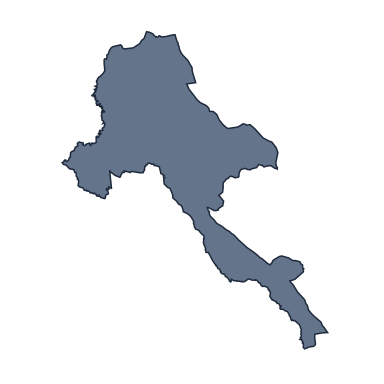 outline of Sumbawanga, Rukwa, United Republic of Tanzania, rotated 177°
{"feature_id": "72390352B27717411944051", "entity_name": "Sumbawanga", "entity_type": "district", "adm_level": 2, "iso_a3": "TZA", "parent_name": "United Republic of Tanzania", "parent_adm1": "Rukwa", "projection": "mercator", "projection_center": [31.975, -8.085], "detail": "fine", "context": "isolated", "style": "filled", "palette": "slate", "viewbox_px": 384, "rotation_deg": 177, "n_neighbors": 0, "source": "geoboundaries", "source_scale": "gbopen_adm2", "svg_char_len": 6030}
<svg xmlns="http://www.w3.org/2000/svg" viewBox="0 0 384 384"><g transform="rotate(177 192 192)"><path d="M63.9,44.5L67.7,50.5L68.6,51.2L70.1,55.4L76.9,61.9L79.6,65.0L81.9,68.3L82.7,72.6L84.1,74.6L85.1,78.4L91.9,86.7L95.5,93.4L98.9,97.7L98.8,98.3L97.5,98.3L93.7,99.5L84.9,106.5L84.9,108.3L84.4,109.5L85.4,110.0L85.4,113.4L86.8,114.3L87.9,116.7L92.2,118.1L95.0,118.3L99.1,121.2L105.7,123.4L108.2,123.0L114.0,119.9L115.1,118.9L115.7,117.3L118.0,115.1L120.7,117.1L125.8,121.9L127.7,122.9L129.1,124.6L133.0,128.2L139.7,133.4L147.8,141.5L152.4,146.9L154.7,148.5L156.8,150.8L159.5,152.2L164.2,156.4L168.9,159.3L171.5,163.1L175.1,167.0L175.9,169.4L175.7,171.4L177.0,173.4L177.4,175.7L176.1,175.4L170.9,172.3L169.1,172.1L166.8,172.7L167.0,173.1L165.1,175.0L162.1,176.5L160.9,181.2L164.5,186.2L165.6,187.0L161.4,190.3L160.5,195.9L160.6,198.8L160.2,199.6L156.5,203.5L155.0,203.6L154.2,204.9L152.7,205.8L150.5,205.2L148.3,203.9L144.9,204.4L144.4,204.9L143.9,208.8L141.9,211.9L137.7,212.8L135.5,211.6L132.7,211.1L131.1,212.0L126.2,213.0L123.9,215.9L120.2,214.8L119.1,213.4L118.3,213.3L116.0,214.0L111.9,214.2L108.0,211.3L106.2,210.9L105.7,210.4L105.4,211.6L106.5,213.9L106.8,216.8L104.2,226.8L105.6,231.8L109.7,237.7L112.6,238.9L118.1,242.2L126.0,251.9L130.5,256.2L133.7,255.9L135.3,256.9L137.6,257.4L140.5,255.6L143.5,254.4L152.8,253.5L154.7,254.8L158.1,258.3L161.1,262.7L163.2,268.1L166.5,271.2L170.2,271.7L171.0,275.0L173.1,277.5L179.0,280.8L181.8,283.5L189.4,294.5L191.7,300.2L182.6,301.0L185.3,311.8L185.5,316.2L189.3,323.7L194.4,329.5L195.8,332.0L197.2,335.8L197.4,338.3L198.2,339.7L198.0,341.3L199.2,343.3L200.7,349.9L202.2,350.0L210.1,348.6L213.5,348.4L214.8,348.6L215.9,349.6L216.7,349.8L217.6,348.6L219.1,348.6L219.5,349.1L220.1,348.9L221.6,350.2L222.7,351.9L225.8,353.6L229.0,354.5L231.8,347.9L234.4,346.0L236.5,342.9L243.1,339.0L252.4,338.4L253.6,339.3L254.5,341.6L255.6,342.7L262.9,341.4L265.0,340.4L267.0,337.8L268.4,334.2L269.9,333.2L269.8,331.1L270.3,330.2L270.3,329.3L271.9,329.6L272.8,328.8L273.0,324.4L272.7,317.6L275.3,314.2L276.7,313.3L277.5,312.2L278.9,311.7L280.5,309.8L280.5,308.9L281.4,308.3L281.6,306.5L280.7,305.3L281.7,303.1L283.3,302.7L282.5,302.1L281.8,302.5L281.4,301.4L282.3,300.1L283.8,299.7L283.3,299.4L282.5,299.6L282.3,298.5L283.6,298.1L283.0,297.3L283.2,296.6L284.1,296.5L286.1,294.1L286.9,293.7L286.7,293.2L285.7,293.1L284.1,293.9L283.7,293.8L283.5,292.8L284.5,291.9L283.3,291.3L283.2,290.8L284.0,289.9L283.3,288.8L282.0,288.6L281.0,287.4L281.6,287.3L282.5,288.0L282.9,287.5L283.0,285.3L282.2,284.4L282.6,283.7L281.1,283.4L280.2,285.0L279.0,284.9L279.1,284.3L279.7,284.4L279.7,282.3L278.4,281.5L277.8,282.5L276.9,281.4L277.0,280.7L277.8,280.2L276.5,278.4L277.7,277.6L277.9,277.0L276.2,277.8L275.1,277.1L275.2,276.5L276.3,276.8L278.0,275.1L278.6,272.5L277.8,271.1L278.2,270.4L278.0,268.2L277.0,267.8L276.4,266.8L277.4,265.1L276.1,265.6L275.4,264.9L276.6,261.2L278.3,260.4L277.9,258.3L278.6,258.0L280.6,258.5L281.1,258.0L281.4,256.9L280.1,255.9L279.9,254.7L280.7,254.4L281.8,255.6L282.3,255.4L282.5,254.8L281.5,254.1L282.4,251.6L283.8,251.5L284.0,252.7L284.8,252.2L285.1,246.5L287.8,245.4L289.0,246.2L289.8,245.7L290.6,243.8L291.2,244.3L291.7,246.2L295.2,245.3L296.6,243.9L298.5,245.0L298.0,245.7L298.3,246.9L300.4,247.2L301.6,247.8L303.1,247.4L304.0,246.2L303.7,244.0L306.1,242.9L307.8,239.3L309.8,238.8L311.1,237.7L311.8,233.2L312.6,232.7L313.7,230.2L315.4,229.0L316.1,229.2L316.5,230.6L317.3,230.6L318.0,230.1L318.6,228.6L320.1,228.2L318.9,226.2L316.4,225.5L313.0,221.5L309.0,220.7L308.0,217.6L307.1,217.7L306.7,216.6L306.8,213.8L305.4,212.1L305.9,210.8L304.9,210.0L304.6,208.5L305.4,204.3L303.9,202.8L300.6,201.8L299.5,199.4L297.5,198.9L297.0,199.2L296.8,198.5L294.5,198.0L293.7,196.4L292.1,196.6L291.1,195.6L290.2,195.8L289.9,195.5L289.3,195.9L288.6,194.9L287.3,194.4L287.1,193.8L287.6,193.7L287.5,193.1L285.6,192.6L284.9,193.6L283.6,191.4L279.7,190.0L279.0,190.2L278.4,193.0L277.8,193.7L275.6,194.5L275.9,197.1L277.5,199.2L276.8,199.8L275.9,199.0L275.0,198.9L274.7,199.8L275.2,201.1L274.8,201.5L272.8,200.3L272.2,199.3L273.1,218.0L272.0,216.0L267.8,212.5L263.4,210.5L262.6,211.0L262.6,211.9L260.4,215.2L258.8,215.0L258.2,215.6L258.5,216.6L252.5,214.7L251.8,215.6L250.5,215.6L243.1,213.9L239.8,213.8L239.5,214.9L238.4,215.9L237.8,219.9L237.0,220.0L236.7,221.3L235.4,221.5L234.1,223.2L231.8,222.6L231.1,221.9L229.0,221.9L228.4,220.4L227.4,220.6L226.1,219.8L224.4,219.5L223.2,218.5L222.1,212.0L220.1,211.2L220.2,210.6L219.1,210.0L219.8,208.6L218.4,207.9L219.5,206.9L219.4,201.5L215.9,197.7L213.9,197.0L211.5,190.5L211.4,187.0L207.8,183.6L206.2,180.7L204.2,179.7L202.9,178.1L201.3,172.6L200.1,172.4L200.9,172.3L197.5,170.5L194.5,167.6L192.0,163.0L192.1,160.3L191.4,158.6L191.6,157.5L190.3,154.7L187.4,153.5L185.4,150.6L182.5,147.6L182.3,144.9L182.9,144.6L182.9,142.5L183.3,141.3L182.8,138.7L181.4,135.4L181.7,133.8L181.2,131.0L180.4,130.7L178.9,130.9L175.2,122.9L172.9,118.8L172.2,118.4L171.9,117.0L171.2,116.9L170.2,114.3L168.3,113.3L167.7,110.8L167.4,110.8L167.5,110.3L166.5,108.9L163.5,107.9L163.1,105.8L161.5,105.1L159.5,102.3L159.4,101.3L158.2,100.2L157.7,100.4L157.3,102.8L154.8,101.2L153.2,101.2L152.3,100.6L150.4,100.7L147.9,99.9L146.6,100.1L146.2,99.6L144.0,99.8L140.1,102.3L136.1,100.7L134.6,100.7L133.9,101.1L133.2,100.4L132.6,100.8L131.4,100.0L130.2,98.0L129.0,97.6L127.7,94.8L126.5,94.0L124.5,94.0L122.0,93.1L120.6,91.2L120.1,89.8L120.4,89.9L118.9,87.6L119.7,83.7L117.8,80.2L117.2,80.3L117.1,79.8L116.6,79.8L115.6,79.0L113.7,78.3L113.7,77.3L113.0,76.9L112.8,76.3L112.1,76.4L110.7,75.5L110.4,73.8L109.0,73.7L108.9,73.4L110.4,71.5L109.6,70.3L107.0,70.1L105.6,68.7L102.9,67.5L101.4,64.5L101.2,63.1L100.2,62.2L100.0,60.1L99.3,58.5L98.3,58.9L97.5,58.1L96.2,58.3L91.5,53.6L90.0,48.4L90.6,47.2L90.1,45.3L90.7,44.9L90.3,42.0L90.6,41.3L91.3,41.2L91.3,39.8L91.9,39.2L90.2,39.0L90.4,38.1L89.1,36.5L89.7,35.4L88.9,35.1L88.7,32.7L89.1,31.3L87.9,29.5L85.6,30.0L84.0,31.0L78.6,31.5L77.1,32.7L76.6,33.7L77.1,40.1L76.8,43.5L69.0,44.5L63.9,44.5Z" fill="#64748b" stroke="#1e293b" stroke-width="1.5"/></g></svg>